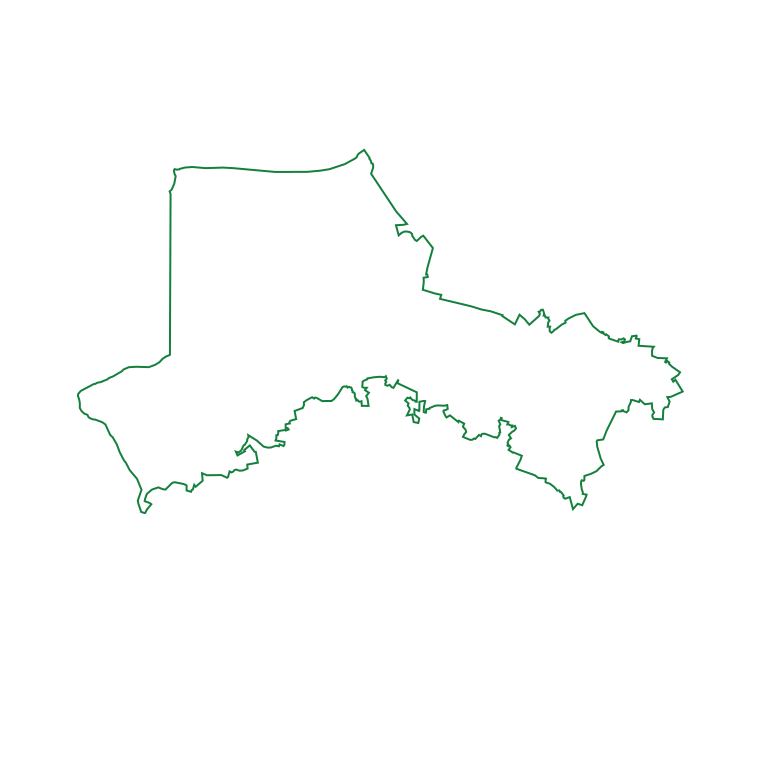 Los Córdobas, Córdoba, Colombia, rotated 22°
{"feature_id": "7082276B12628358742837", "entity_name": "Los Córdobas", "entity_type": "district", "adm_level": 2, "iso_a3": "COL", "parent_name": "Colombia", "parent_adm1": "Córdoba", "projection": "albers", "projection_center": [-76.259, 8.823], "detail": "fine", "context": "isolated", "style": "outline", "palette": "green", "viewbox_px": 768, "rotation_deg": 22, "n_neighbors": 0, "source": "geoboundaries", "source_scale": "gbopen_adm2", "svg_char_len": 6165}
<svg xmlns="http://www.w3.org/2000/svg" viewBox="0 0 768 768"><g transform="rotate(22 384 384)"><path d="M543.3,243.2L536.0,248.0L530.6,254.1L528.4,257.5L529.4,259.1L526.8,262.0L522.6,269.2L521.6,269.9L521.5,271.1L520.1,273.7L518.1,273.2L516.7,270.5L516.5,268.6L514.3,269.5L513.2,265.3L513.7,263.2L511.6,261.7L511.5,260.8L508.8,261.8L507.6,260.2L506.4,260.7L506.2,258.8L503.5,255.6L501.9,256.4L501.6,258.1L500.4,259.1L502.1,260.3L502.4,262.6L496.5,274.6L490.3,271.2L483.7,269.0L483.0,279.7L468.3,276.7L468.2,275.8L455.8,276.6L446.5,278.4L435.9,279.3L404.1,284.1L403.7,279.9L397.3,281.0L384.7,282.1L382.7,274.6L380.9,270.6L384.5,268.4L383.1,266.3L382.0,266.6L380.7,259.9L378.4,239.6L364.9,231.8L363.5,233.4L360.8,239.1L358.8,238.8L354.8,236.1L353.5,234.2L351.1,233.5L348.0,234.1L345.6,235.2L343.6,237.4L342.0,240.7L335.6,232.3L342.4,229.1L345.4,227.0L330.7,219.5L293.3,193.9L292.9,187.4L291.6,184.5L290.9,183.9L289.7,184.1L288.0,181.8L286.1,180.7L286.1,179.9L277.9,174.4L274.4,179.7L273.8,181.2L273.7,184.0L272.9,185.5L265.4,194.7L252.9,205.3L245.1,210.0L233.3,216.1L203.5,228.2L163.8,240.2L153.8,243.6L137.7,250.7L125.0,254.6L118.5,257.8L114.1,261.0L113.9,261.6L111.3,263.0L109.4,263.2L109.2,264.7L111.0,267.6L113.0,269.3L114.5,276.9L114.3,283.4L113.1,285.7L114.9,287.7L174.6,437.2L171.4,440.4L169.2,443.7L167.7,447.8L164.6,452.0L159.6,456.5L147.9,460.8L141.0,464.1L136.9,468.3L136.3,470.2L129.8,478.6L126.7,481.5L126.0,483.1L120.7,488.3L117.6,490.3L116.4,491.9L114.8,492.9L105.4,504.1L104.2,507.7L104.6,509.6L107.1,512.4L109.1,515.6L111.0,520.3L113.9,522.5L117.1,523.7L120.6,523.7L122.2,525.2L123.8,525.9L127.6,525.8L129.2,525.2L137.1,525.0L140.9,525.9L149.2,533.8L152.4,535.0L158.8,540.0L164.6,546.3L171.6,552.3L173.9,553.5L180.6,559.2L190.5,564.4L198.8,572.9L199.4,584.3L200.9,586.7L206.8,593.6L210.5,593.3L210.9,593.0L211.2,589.1L213.3,582.6L211.2,582.1L206.0,582.3L205.5,580.1L205.3,574.7L208.5,568.7L213.5,564.4L218.1,564.4L220.9,563.8L224.6,555.2L226.6,553.5L235.6,551.8L238.3,551.8L239.0,552.1L240.9,556.7L245.5,556.2L245.5,554.2L246.3,553.3L245.8,548.6L247.9,549.8L252.1,541.6L248.7,534.9L254.1,534.9L267.2,529.4L273.7,529.7L274.2,528.6L273.6,522.9L275.8,523.1L277.0,521.7L277.7,519.7L279.0,518.7L282.6,518.5L285.6,517.0L289.2,513.5L287.4,509.9L296.5,504.2L290.6,495.0L289.3,495.3L282.6,491.2L279.1,497.6L280.3,498.4L274.9,505.1L272.0,502.2L274.6,502.0L276.5,499.2L276.8,493.6L277.7,492.4L278.5,488.1L277.9,486.5L278.3,483.8L277.3,482.3L287.1,484.0L295.7,487.1L299.8,486.6L302.9,485.3L306.9,481.7L309.9,481.1L309.8,479.1L314.1,479.2L314.4,477.7L313.5,475.0L304.6,477.0L304.6,474.9L303.4,471.8L304.6,471.3L304.0,467.5L302.8,467.7L309.7,463.6L310.3,464.0L312.6,461.9L311.2,461.0L309.3,461.6L307.9,458.2L311.4,455.9L310.6,455.3L310.9,453.2L315.7,449.4L311.2,442.5L317.6,436.7L317.7,433.4L316.5,431.0L318.5,427.7L322.3,423.2L324.6,423.7L325.1,422.4L326.9,422.1L333.0,423.0L341.7,419.4L343.4,416.6L345.2,410.8L346.7,402.4L347.8,401.2L349.5,400.8L350.2,400.1L351.5,401.0L352.7,399.7L353.7,399.9L354.4,399.5L355.7,400.1L356.7,401.8L357.4,402.0L357.9,403.4L359.6,403.2L360.8,404.2L361.4,406.2L364.3,409.5L364.5,408.8L365.0,409.3L366.2,408.9L366.9,409.6L368.3,409.5L369.6,408.4L371.6,412.6L377.9,410.1L374.2,403.8L372.0,401.9L373.3,397.8L368.7,396.8L369.4,394.0L366.9,395.0L365.0,394.9L363.3,389.9L364.0,388.5L366.7,386.0L366.4,385.1L372.0,381.6L377.3,378.9L382.0,377.5L382.8,376.1L384.6,378.1L383.8,380.3L385.3,381.2L385.0,383.1L385.6,384.4L387.8,384.4L389.5,382.6L392.4,384.1L394.2,384.0L395.7,374.4L396.2,378.2L417.5,379.4L421.0,388.2L419.9,388.5L419.8,387.8L416.3,388.1L413.4,386.7L413.2,387.6L410.8,388.0L409.8,391.4L414.0,392.8L414.1,395.2L416.6,396.7L417.5,398.0L417.0,404.5L421.6,401.7L425.8,408.2L430.4,407.3L429.6,402.8L423.6,400.9L421.6,395.9L426.3,395.9L426.0,395.1L426.6,395.0L423.5,387.2L427.5,384.6L428.5,384.4L429.5,389.8L431.2,395.0L432.0,395.3L433.6,394.8L432.6,391.7L435.4,390.0L435.3,389.2L439.2,385.3L441.7,383.8L448.1,381.5L450.5,379.9L452.4,383.2L451.3,384.7L449.2,386.3L449.4,387.3L453.3,390.9L454.5,391.6L456.9,388.4L467.0,391.4L466.7,390.5L467.0,390.0L473.2,390.7L473.2,394.1L476.7,395.8L478.2,397.7L477.3,400.3L477.0,403.5L484.8,403.5L486.7,402.7L487.9,400.8L489.2,400.8L491.2,395.6L493.5,396.0L493.3,394.2L493.8,393.4L496.2,392.3L506.4,392.1L507.5,391.4L509.1,391.6L510.0,387.6L509.2,386.2L509.9,385.3L506.5,379.9L507.0,378.0L504.1,375.0L505.3,373.4L505.1,371.6L506.0,371.6L506.0,372.7L506.5,373.5L513.5,372.6L513.5,375.3L515.1,374.7L516.7,375.1L518.4,374.4L518.7,376.0L521.1,373.8L523.0,375.7L522.3,378.3L520.6,380.6L518.8,384.5L522.1,386.8L520.7,388.9L520.6,392.3L521.5,393.1L521.5,394.8L522.6,395.1L523.3,394.1L525.0,395.2L524.2,398.4L529.3,399.4L529.6,398.9L538.7,398.9L538.9,403.5L538.1,412.4L538.5,413.0L558.1,412.1L562.2,413.3L569.4,411.0L569.8,411.2L569.6,412.1L570.7,414.6L575.3,414.3L580.7,415.9L584.6,417.9L586.5,417.0L587.8,418.2L588.7,417.9L592.4,420.1L592.2,420.9L593.1,422.1L595.0,422.5L598.6,419.3L606.1,429.2L608.4,422.5L613.2,422.1L613.5,413.3L613.3,410.7L609.4,411.5L608.9,409.9L606.9,407.7L604.1,402.9L603.3,400.7L603.4,399.2L605.4,399.0L605.7,397.9L604.3,394.2L609.7,389.6L613.7,385.2L616.3,379.1L618.0,376.7L612.8,371.9L605.1,362.1L602.7,357.5L602.9,356.3L608.0,353.3L607.9,343.5L609.5,322.6L614.4,320.4L614.2,319.5L615.4,318.8L615.8,319.5L619.5,319.4L620.5,316.8L619.4,313.7L619.6,308.0L619.0,306.4L620.5,305.7L627.2,305.2L627.2,302.8L633.4,305.1L639.6,301.6L642.1,306.8L645.1,309.2L644.5,311.7L644.7,313.2L646.9,315.4L655.8,312.3L652.6,303.3L653.1,300.6L655.8,299.0L655.4,293.3L651.6,290.0L654.7,288.5L663.8,279.1L652.6,270.9L651.4,273.5L649.1,271.8L653.4,265.5L654.1,262.2L644.7,260.1L640.5,258.4L640.5,257.3L638.4,256.6L637.4,258.5L636.4,258.2L636.7,254.2L627.9,257.4L622.0,257.4L620.0,252.5L619.7,250.2L620.2,248.4L605.7,253.2L603.9,246.8L600.4,247.5L600.3,244.8L599.9,244.6L596.0,246.9L596.3,252.2L593.2,254.1L590.4,256.5L588.7,256.3L590.7,254.4L590.8,252.5L589.1,251.9L587.4,253.8L584.9,254.6L585.3,257.0L576.6,257.5L575.3,257.4L574.7,255.6L571.4,254.7L571.0,255.6L568.5,254.9L568.0,253.8L566.7,254.0L566.8,255.0L564.3,254.7L556.2,252.1L543.3,243.2Z" fill="none" stroke="#15803d" stroke-width="2"/></g></svg>